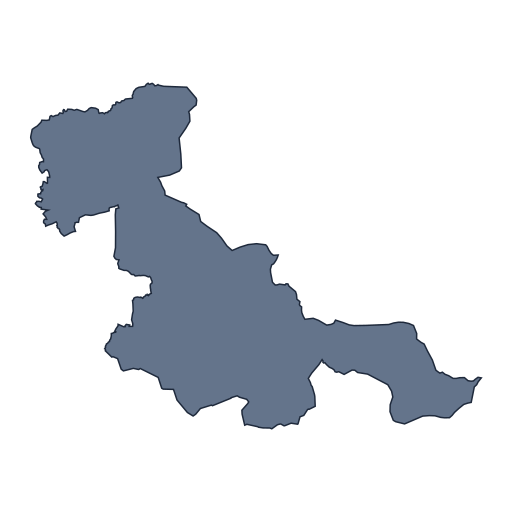 Ikara, Kaduna, Nigeria (Mercator projection)
{"feature_id": "59680162B12574760496394", "entity_name": "Ikara", "entity_type": "district", "adm_level": 2, "iso_a3": "NGA", "parent_name": "Nigeria", "parent_adm1": "Kaduna", "projection": "mercator", "projection_center": [8.11, 11.312], "detail": "fine", "context": "isolated", "style": "filled", "palette": "slate", "viewbox_px": 512, "rotation_deg": 0, "n_neighbors": 0, "source": "geoboundaries", "source_scale": "gbopen_adm2", "svg_char_len": 5968}
<svg xmlns="http://www.w3.org/2000/svg" viewBox="0 0 512 512"><path d="M278.2,255.0L273.5,255.3L271.2,253.5L269.0,250.3L267.1,246.4L265.7,244.8L256.6,243.7L248.1,244.6L240.1,247.1L232.1,250.5L226.9,245.9L221.5,238.2L216.7,232.7L207.1,226.3L200.7,221.5L199.0,214.5L190.2,209.1L185.8,206.0L186.7,204.3L183.7,202.8L181.5,202.3L165.1,195.1L164.7,191.0L161.8,185.6L160.6,182.2L157.8,177.4L169.7,175.1L179.3,171.0L181.5,167.8L180.8,154.1L179.1,138.0L185.8,128.3L189.9,121.2L189.5,114.4L188.7,111.7L193.9,106.7L196.1,105.1L196.7,100.3L196.2,98.3L186.8,87.2L163.6,86.3L158.4,85.1L158.0,84.6L156.3,85.6L154.8,85.8L153.6,84.3L152.3,83.4L151.2,83.6L150.1,84.2L149.2,84.3L148.1,83.2L146.4,84.3L144.9,86.4L138.8,87.3L136.1,88.6L133.7,91.5L133.2,93.4L133.2,94.0L132.3,95.4L132.4,96.7L132.7,97.4L132.4,98.3L125.7,99.0L125.0,99.4L124.0,100.5L121.6,101.0L120.6,102.5L119.0,102.8L117.0,101.9L116.0,102.3L115.8,102.8L115.8,104.0L115.4,104.7L114.6,104.9L113.4,104.9L112.4,105.5L112.1,107.8L111.0,108.8L110.7,110.2L110.0,110.8L109.4,110.8L108.1,111.5L108.0,112.4L107.5,112.7L106.5,112.5L105.4,112.7L104.5,113.8L102.6,112.7L100.2,113.0L99.6,113.4L99.1,113.3L98.7,112.2L98.2,109.6L95.6,108.2L91.2,107.6L89.2,108.5L87.5,110.4L84.9,111.9L82.9,111.5L76.8,109.4L74.2,110.3L71.8,109.4L67.7,109.2L66.6,111.3L65.1,111.5L64.3,109.8L63.6,109.6L62.9,110.9L63.3,112.5L62.8,113.5L59.8,112.9L57.9,115.2L55.7,115.4L53.0,116.6L51.2,115.6L50.0,116.4L49.3,119.9L46.9,120.4L41.8,120.2L41.1,122.1L37.2,126.1L34.4,127.8L32.2,129.4L30.8,136.3L30.7,137.8L32.2,142.7L33.1,144.9L34.2,146.3L35.8,147.3L39.3,148.6L39.7,149.2L40.2,152.8L41.4,154.9L42.2,157.5L43.5,158.9L43.5,161.7L42.2,161.6L39.7,162.5L39.5,164.5L38.7,165.7L38.8,167.8L39.2,168.3L39.7,169.8L42.1,173.1L44.2,171.7L44.6,170.6L46.9,169.7L47.2,169.9L48.7,171.9L49.7,176.1L49.7,177.4L47.4,177.3L47.5,183.1L47.0,183.4L44.3,181.6L43.3,181.6L42.9,183.9L42.2,186.2L40.4,186.9L40.3,187.2L40.9,188.4L41.0,189.7L41.6,190.1L42.9,189.6L42.7,190.7L42.0,191.0L40.8,192.4L40.6,193.8L39.2,193.8L37.9,194.1L37.9,196.3L39.5,197.8L41.3,198.1L42.6,199.1L42.0,200.3L41.2,201.8L38.9,201.3L36.7,201.4L36.7,202.0L35.7,202.9L35.4,203.7L37.6,206.1L38.8,206.6L39.2,207.3L41.3,207.5L41.1,209.1L48.2,210.1L45.4,211.3L43.1,213.9L45.7,217.0L46.7,219.3L44.4,219.3L43.6,221.0L43.6,222.5L44.0,223.1L45.4,224.1L45.7,226.2L48.4,225.0L52.1,223.8L56.2,221.8L57.1,223.2L57.2,223.9L57.3,225.0L56.8,225.4L57.4,226.6L57.1,227.1L58.3,228.6L59.0,228.7L59.6,229.6L59.7,231.1L61.2,233.5L64.1,236.1L67.1,234.7L70.1,233.0L73.5,231.6L75.5,231.4L74.1,226.8L75.0,223.4L74.9,222.9L76.4,222.3L78.5,222.3L79.4,217.8L80.2,217.3L85.5,214.8L90.9,215.4L93.6,215.0L99.3,213.2L104.8,212.1L109.2,210.8L109.0,209.4L109.3,208.0L109.8,207.6L113.5,206.7L114.6,206.7L115.3,206.0L117.1,205.7L117.2,205.3L117.9,205.0L118.8,207.9L115.8,208.9L115.3,214.8L115.6,231.6L115.5,247.8L113.9,256.3L115.0,258.3L115.9,259.0L116.2,259.5L119.0,259.8L117.8,263.3L117.8,263.9L118.8,266.5L118.8,268.3L119.7,268.9L124.1,270.4L126.2,270.4L127.2,270.7L128.5,271.4L131.3,274.3L132.1,274.6L133.6,274.5L135.2,276.0L138.6,275.6L139.1,275.4L139.9,275.7L143.3,275.4L145.4,275.6L148.1,276.8L148.5,276.9L149.6,276.4L150.7,277.7L151.4,279.9L152.1,281.2L152.0,283.0L150.5,284.2L150.2,285.3L150.4,288.3L150.7,289.2L150.6,290.0L151.3,293.4L150.2,293.7L149.3,294.8L148.7,294.7L148.4,295.5L147.8,295.1L147.6,295.2L147.1,294.4L146.6,295.1L145.6,295.1L145.0,296.3L143.5,297.0L143.3,297.8L142.6,298.3L141.9,297.7L140.8,297.1L140.4,297.5L137.4,297.0L135.2,297.4L133.8,298.3L133.5,299.9L132.5,300.4L132.9,303.7L133.2,311.2L132.5,313.9L131.6,319.8L132.7,323.3L132.8,325.0L132.6,326.4L129.2,326.4L129.7,325.0L126.3,324.4L125.1,325.7L125.3,326.6L123.8,326.8L118.1,324.3L118.0,325.9L115.9,328.9L114.8,331.2L115.8,331.7L115.7,332.2L113.5,332.6L112.8,333.2L111.3,333.5L111.3,336.0L110.6,339.1L110.1,339.5L109.5,340.8L109.5,341.5L108.4,342.1L107.6,343.3L106.4,344.0L106.3,344.6L105.4,346.3L105.6,347.2L104.7,348.7L105.2,348.9L105.6,350.2L105.3,350.8L111.8,357.1L113.0,356.7L117.6,358.6L121.2,369.2L123.4,370.9L133.3,368.4L138.7,369.5L140.2,368.5L158.2,377.4L161.7,388.2L163.2,389.1L173.5,389.4L177.0,400.0L187.4,412.5L193.1,416.0L195.7,414.2L200.4,408.5L211.4,405.1L212.5,405.7L231.0,398.2L231.1,397.7L237.2,395.8L239.4,397.2L246.7,399.3L248.7,401.9L247.8,403.5L241.9,410.2L242.1,414.2L244.7,425.2L246.9,424.3L257.8,426.7L258.4,427.2L263.0,427.9L269.8,428.0L271.8,428.8L277.5,424.7L280.2,424.0L281.0,424.1L284.0,425.8L284.8,425.7L291.1,423.2L297.7,424.2L298.1,423.5L300.0,416.8L303.8,415.4L307.4,409.8L308.0,409.3L308.3,409.1L309.1,409.3L315.2,406.3L314.8,396.4L314.5,394.6L312.2,386.6L311.1,385.2L310.4,382.6L308.3,378.4L311.7,373.1L318.9,364.6L322.1,359.6L323.0,360.9L322.9,362.2L323.7,363.0L324.9,362.7L326.4,364.5L329.3,367.2L332.2,368.5L334.1,369.9L335.1,371.8L336.7,372.2L338.8,371.7L344.1,374.4L352.0,370.1L354.8,370.2L357.6,372.5L367.6,374.1L387.8,384.7L391.6,391.2L392.8,397.0L390.2,404.7L390.0,411.7L393.3,420.3L395.7,421.7L404.6,423.9L422.7,416.1L429.3,415.6L435.0,415.8L440.7,417.4L444.6,417.8L449.5,417.7L452.1,415.4L454.5,412.4L459.0,408.3L463.8,404.4L467.8,403.1L471.2,402.4L474.3,386.9L476.7,384.7L478.1,381.9L481.3,377.9L478.0,377.3L475.1,379.4L473.5,380.9L471.2,381.2L468.0,380.7L464.4,377.6L459.8,377.7L456.3,378.4L453.1,378.4L448.7,375.7L445.0,374.3L442.4,372.2L439.9,373.1L438.1,371.9L435.9,370.2L432.4,360.1L427.4,350.9L424.1,344.0L421.1,342.4L416.6,339.0L416.7,333.5L413.5,325.5L408.9,323.5L403.3,322.3L398.5,322.2L393.6,323.0L388.8,324.5L366.0,325.4L354.0,325.6L349.2,324.9L343.2,322.6L335.5,320.1L333.8,323.2L331.1,324.4L326.7,325.1L318.6,320.4L313.2,318.3L304.9,319.3L303.3,316.4L301.8,312.6L301.5,310.1L301.6,306.9L299.8,305.5L299.4,304.6L299.9,301.6L296.9,299.2L296.5,294.6L295.5,291.6L289.0,286.2L287.9,283.9L286.0,283.8L285.1,284.9L279.5,284.1L277.1,284.9L275.2,285.0L272.5,282.3L270.6,272.6L270.4,269.2L271.7,264.8L273.5,263.9L274.7,262.3L276.3,259.8L277.4,257.4L278.2,255.0Z" fill="#64748b" stroke="#1e293b" stroke-width="1.5"/></svg>